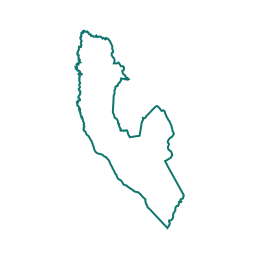 the district of Tuntum, Maranhão, Brazil, rotated 331°
{"feature_id": "56859067B40556057821371", "entity_name": "Tuntum", "entity_type": "district", "adm_level": 2, "iso_a3": "BRA", "parent_name": "Brazil", "parent_adm1": "Maranhão", "projection": "equal_earth", "projection_center": [-44.727, -5.601], "detail": "fine", "context": "isolated", "style": "outline", "palette": "teal", "viewbox_px": 256, "rotation_deg": 331, "n_neighbors": 0, "source": "geoboundaries", "source_scale": "gbopen_adm2", "svg_char_len": 5806}
<svg xmlns="http://www.w3.org/2000/svg" viewBox="0 0 256 256"><g transform="rotate(331 128 128)"><path d="M112.8,57.2L111.3,56.4L110.9,56.9L111.4,57.3L111.1,58.7L110.6,59.1L110.6,60.0L110.1,60.5L109.6,60.7L109.1,61.2L109.2,62.0L108.2,63.1L108.1,63.8L108.1,64.7L108.0,65.5L107.3,65.6L106.1,66.8L106.0,68.1L105.9,68.9L105.4,69.3L103.9,69.9L103.5,70.6L103.6,71.7L104.1,72.2L103.7,73.0L103.5,74.0L103.0,74.8L102.5,74.8L101.4,76.0L100.5,76.1L99.4,77.1L99.5,78.0L99.9,78.7L99.7,79.7L99.5,80.4L99.0,80.4L97.8,79.8L97.3,80.1L97.2,80.8L96.7,81.2L96.3,80.8L95.8,80.6L95.2,82.8L94.7,83.3L94.6,83.9L95.3,85.3L95.2,86.3L95.3,87.9L95.0,88.5L94.8,87.9L94.4,87.6L94.2,88.1L93.9,89.4L94.0,90.4L93.5,91.1L93.8,91.8L93.0,93.2L92.7,94.6L92.6,95.3L93.2,95.6L93.1,96.6L92.3,96.9L92.4,97.7L92.7,98.6L92.0,100.3L92.0,101.3L91.9,102.4L91.6,103.2L91.2,103.2L90.7,103.9L90.6,104.6L90.7,105.2L90.2,105.9L89.6,106.0L89.1,107.2L88.3,107.6L88.4,108.5L88.3,109.4L89.0,110.3L88.6,112.9L88.7,113.9L89.5,115.6L89.7,119.0L89.6,120.0L89.8,121.4L89.6,122.0L89.6,123.4L89.4,124.0L89.4,124.7L89.1,125.5L88.9,126.5L88.8,128.1L88.3,129.4L88.1,130.4L88.0,131.4L88.1,133.3L88.4,134.2L88.9,135.1L89.9,136.4L91.0,137.1L92.1,138.3L92.7,139.2L93.2,140.7L93.9,141.9L94.8,143.1L94.9,144.5L95.2,145.2L95.4,146.0L95.6,148.9L95.3,149.6L95.1,151.3L95.2,154.2L94.9,156.4L95.0,157.1L95.0,159.6L94.7,161.6L95.1,162.8L95.1,163.6L94.8,165.2L94.7,166.3L94.7,167.0L94.8,168.0L95.7,169.4L96.1,169.8L96.4,170.3L96.7,172.4L96.7,174.7L97.0,175.9L97.6,176.2L97.9,176.8L98.9,177.6L98.9,178.4L99.2,179.1L99.6,179.5L99.8,180.3L100.3,180.9L100.5,181.8L102.1,184.3L102.4,185.6L102.9,186.6L104.7,188.4L105.5,188.9L105.9,189.3L105.9,190.1L106.8,191.6L106.8,192.3L107.6,196.1L108.3,197.7L108.6,198.7L108.3,199.4L107.8,200.3L107.5,201.0L107.4,201.9L107.0,202.8L107.1,203.7L107.2,204.4L106.7,206.9L107.9,210.2L108.9,214.6L114.0,234.6L114.7,234.1L115.4,233.7L116.0,233.6L116.9,233.0L117.6,232.3L118.2,232.0L118.4,231.2L118.5,229.7L118.9,229.2L119.3,228.8L119.9,229.1L120.4,229.6L121.3,229.5L123.0,229.0L123.5,228.4L124.7,227.3L125.0,226.2L125.8,225.4L126.2,224.7L127.5,224.2L128.0,223.7L129.4,223.2L129.7,222.5L130.7,220.9L131.6,220.2L132.6,220.1L133.0,219.8L133.7,220.0L134.2,220.4L134.9,219.8L135.5,219.2L135.7,218.6L136.1,218.3L136.6,218.0L136.8,217.4L137.6,217.3L137.4,217.9L138.4,218.5L139.0,218.2L138.7,217.0L139.1,216.2L139.6,215.9L141.7,216.3L142.7,215.4L143.1,214.8L143.7,214.5L144.2,213.9L144.2,181.6L144.4,174.9L145.2,175.0L150.1,174.8L151.7,174.6L152.3,174.0L153.0,173.1L153.5,173.1L153.8,172.5L154.2,170.3L154.2,169.1L153.3,167.5L153.1,166.8L153.1,165.6L153.4,164.5L153.9,163.8L155.2,162.8L155.9,162.1L156.2,161.3L155.9,160.6L155.7,159.8L156.8,158.6L158.5,157.6L159.8,157.2L162.6,156.9L165.2,155.5L165.6,153.7L165.5,152.1L166.2,150.5L166.5,148.7L166.9,148.0L167.1,146.9L167.2,144.6L167.5,143.5L167.5,142.5L167.2,140.1L167.3,138.9L167.2,136.8L167.4,135.6L167.6,134.1L167.5,133.4L167.9,132.4L168.0,131.3L168.0,130.7L167.6,129.7L165.7,129.4L165.3,127.3L165.2,125.7L164.5,123.8L164.2,123.0L162.7,122.6L161.5,123.1L160.5,123.2L152.3,125.8L149.9,126.4L149.1,126.7L148.8,127.2L148.4,127.4L146.7,127.4L146.4,126.9L145.9,126.4L145.1,128.2L143.6,129.1L142.5,130.1L134.4,140.4L125.1,136.9L125.2,135.1L125.1,134.1L125.3,132.6L125.8,131.6L125.8,130.8L126.0,129.7L125.4,129.2L124.7,128.9L123.9,129.0L123.4,128.5L122.9,127.9L122.3,128.0L121.6,127.6L121.0,126.8L120.3,126.7L120.3,126.0L120.8,125.7L121.2,125.2L121.0,124.5L121.2,123.5L121.0,122.4L121.3,121.5L121.6,121.1L122.2,120.2L121.5,119.5L121.8,118.7L122.4,117.6L122.6,114.6L121.4,112.6L121.4,111.8L121.7,111.0L122.0,110.3L122.2,109.4L122.2,107.9L122.3,107.0L131.5,92.3L132.1,92.1L132.9,91.3L133.8,90.0L134.2,88.8L134.6,88.3L135.2,88.1L135.7,87.6L136.4,86.9L136.7,86.1L137.1,85.8L138.0,85.7L138.5,85.7L139.1,86.2L140.3,85.0L141.0,84.8L141.6,84.2L142.2,84.3L142.8,84.3L143.3,83.7L143.9,83.6L145.0,83.0L145.4,82.4L145.8,81.3L147.9,82.8L148.4,83.3L149.5,84.3L150.3,84.9L150.8,85.4L151.7,85.7L152.3,85.7L152.1,85.0L151.6,83.6L150.6,82.7L151.0,80.9L150.9,80.3L150.1,78.7L150.1,77.0L150.3,76.0L150.8,75.2L151.5,75.5L152.3,75.2L153.0,74.6L153.4,74.0L153.8,73.0L153.9,72.2L153.7,71.7L153.1,71.4L152.7,71.0L151.8,70.5L151.5,66.2L150.3,66.2L149.3,66.0L147.0,64.6L147.6,64.2L148.2,63.6L148.9,62.5L149.6,61.0L149.5,60.0L149.1,58.7L149.0,56.4L149.3,55.8L149.8,55.1L150.3,54.6L150.8,54.4L151.6,54.5L152.3,53.5L152.5,52.6L152.4,51.8L152.7,50.9L153.1,50.1L153.8,49.3L154.1,46.3L154.2,44.4L154.3,43.7L154.2,43.0L153.9,41.8L154.0,41.1L153.5,40.3L152.9,39.0L152.5,38.6L151.3,38.7L151.6,39.5L151.1,39.5L150.8,38.7L150.6,38.0L150.2,37.3L149.7,37.0L149.1,37.3L148.5,35.0L147.9,34.4L147.1,34.1L146.5,34.1L146.1,33.7L145.7,33.2L145.1,33.5L144.7,33.0L144.9,31.8L143.6,32.1L143.1,32.0L142.4,31.7L142.1,31.4L141.8,30.4L141.2,29.8L140.4,29.6L140.8,28.2L139.8,27.6L139.3,26.7L139.4,26.0L139.7,25.4L139.3,24.9L139.2,23.9L138.7,23.8L138.1,23.8L137.5,22.9L137.1,22.5L136.4,21.4L135.5,21.5L135.8,22.3L135.3,23.0L134.6,23.0L134.1,22.4L133.3,22.3L133.0,23.3L131.9,24.0L131.9,24.9L131.5,25.4L130.8,25.3L130.5,26.2L129.9,26.2L129.7,27.0L129.7,28.7L129.6,29.6L129.0,29.7L127.7,31.2L127.5,31.9L127.6,32.6L126.8,33.5L126.5,34.2L125.9,34.4L125.1,33.4L124.6,33.1L123.9,34.0L123.0,35.7L122.3,36.2L121.4,36.5L121.0,37.2L120.7,37.9L120.0,37.9L119.6,38.6L119.3,39.2L120.2,40.6L119.0,41.8L119.0,42.6L118.6,43.0L118.5,43.9L118.8,44.3L118.9,45.1L118.5,45.7L117.7,45.2L117.6,46.3L118.0,47.5L116.8,47.3L116.2,47.6L115.4,48.4L115.1,48.0L115.3,47.1L114.6,47.1L113.9,47.4L114.2,48.1L113.7,48.7L112.6,49.3L112.7,50.1L112.1,49.9L111.7,49.3L111.4,50.1L111.0,50.6L112.1,51.3L111.9,52.0L111.5,53.0L111.9,53.6L112.6,53.6L113.1,54.4L113.3,55.7L113.2,56.7L112.8,57.2ZM112.8,57.2L113.2,57.8L113.7,58.5L113.2,58.8L112.5,57.8L112.8,57.2Z" fill="none" stroke="#0f766e" stroke-width="2"/></g></svg>